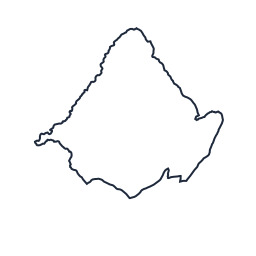 Ragonvalia, Norte de Santander, Colombia, rotated 232°
{"feature_id": "7082276B67756005712401", "entity_name": "Ragonvalia", "entity_type": "district", "adm_level": 2, "iso_a3": "COL", "parent_name": "Colombia", "parent_adm1": "Norte de Santander", "projection": "albers", "projection_center": [-72.499, 7.601], "detail": "fine", "context": "isolated", "style": "outline", "palette": "slate", "viewbox_px": 256, "rotation_deg": 232, "n_neighbors": 0, "source": "geoboundaries", "source_scale": "gbopen_adm2", "svg_char_len": 5827}
<svg xmlns="http://www.w3.org/2000/svg" viewBox="0 0 256 256"><g transform="rotate(232 128 128)"><path d="M71.6,200.1L73.9,205.0L75.5,207.3L76.3,208.0L77.5,208.5L79.9,209.8L81.6,210.3L82.6,210.2L83.4,209.9L84.0,209.5L84.9,209.5L85.4,209.3L85.5,209.2L85.5,208.8L85.9,208.0L86.0,207.2L86.3,206.5L86.7,206.2L87.3,206.2L87.5,205.8L88.1,205.2L89.5,204.5L89.4,203.4L90.1,202.1L90.0,201.1L90.4,199.4L90.2,198.6L90.3,197.8L90.0,196.1L89.7,195.5L89.6,195.1L90.2,194.0L90.6,192.3L91.7,189.7L91.8,189.1L91.6,188.2L91.8,187.8L92.0,187.7L92.0,186.3L92.1,186.5L93.2,187.0L93.5,187.0L93.7,186.8L93.8,187.0L94.0,187.0L95.0,188.7L95.0,189.0L94.6,190.2L94.4,191.7L96.5,192.1L98.1,192.7L98.6,193.1L100.7,193.9L104.8,195.0L105.5,195.1L107.2,195.0L110.7,195.1L111.7,195.0L113.1,194.6L115.5,193.6L117.5,192.3L119.6,191.4L121.0,191.5L122.7,191.8L124.1,192.4L127.5,193.5L128.2,193.4L129.3,192.9L130.5,193.1L131.0,193.0L133.1,192.4L134.5,191.7L137.2,192.2L137.6,192.5L138.9,192.2L139.9,192.3L141.8,192.9L142.8,193.0L144.7,192.6L145.5,192.5L146.6,193.2L147.7,193.3L148.5,193.3L149.7,193.0L150.8,192.4L151.2,192.3L152.2,192.9L152.9,193.1L155.5,194.3L156.3,194.5L157.4,194.5L158.6,194.3L159.0,194.1L159.6,193.8L160.1,193.6L161.7,193.7L162.7,194.2L163.3,194.3L164.1,193.6L165.0,193.1L165.6,192.9L166.9,192.7L167.4,192.5L168.8,191.1L169.7,191.3L170.0,191.6L170.9,193.4L171.4,194.2L173.2,195.7L174.3,196.9L175.1,197.3L175.9,197.5L179.8,198.2L181.4,198.6L182.5,199.0L183.9,196.7L184.7,196.6L186.0,196.6L187.2,196.7L187.9,197.1L188.9,197.4L191.4,197.4L193.7,197.8L195.9,198.0L196.8,198.0L197.8,197.5L198.7,197.3L200.4,196.3L201.2,196.2L201.1,195.7L201.6,195.0L201.7,194.7L201.5,194.1L201.6,193.7L202.0,193.1L202.3,192.9L202.8,192.8L203.4,192.4L204.2,191.4L204.7,190.6L204.9,189.8L204.9,188.8L205.3,187.5L204.9,186.2L204.5,185.3L204.9,184.3L204.9,183.7L205.2,182.1L205.5,181.2L205.6,180.2L205.5,179.8L205.2,179.1L204.9,177.6L204.6,177.1L204.8,175.8L204.3,173.4L204.5,172.1L204.4,171.0L204.5,170.4L204.2,169.6L203.2,169.1L202.2,168.5L201.9,168.0L202.0,167.4L202.4,166.5L202.8,165.2L203.0,163.9L201.6,162.4L201.2,161.5L200.7,160.0L199.9,159.6L199.5,158.8L199.4,158.5L199.4,157.8L200.2,155.7L200.0,155.2L199.8,154.8L198.7,154.6L198.0,154.1L197.9,153.9L197.8,152.9L197.6,151.9L197.3,151.2L196.6,150.4L195.5,149.9L195.1,149.3L195.2,146.8L195.2,146.2L195.0,145.6L194.5,145.2L193.6,144.7L192.9,144.6L191.8,144.7L191.2,144.6L190.9,144.6L190.4,144.3L189.7,142.2L189.4,141.9L187.9,141.2L187.6,140.6L187.2,138.2L187.5,137.5L188.3,136.8L188.4,136.4L188.5,135.1L187.8,133.4L186.0,132.1L185.6,131.7L185.3,131.1L185.3,130.4L185.5,129.3L185.7,129.0L186.4,128.3L186.7,127.8L186.9,127.2L186.6,126.5L186.2,125.9L185.8,124.6L185.4,123.8L185.1,122.3L184.6,121.2L182.9,119.1L184.4,117.7L184.5,117.4L184.5,117.0L184.2,116.6L183.3,116.1L182.9,115.5L183.1,114.8L183.0,114.1L182.7,113.2L182.8,112.5L182.6,112.1L182.4,112.0L182.1,111.0L182.1,109.7L181.4,108.8L181.0,107.6L180.9,104.2L180.6,103.4L180.0,102.5L179.4,102.3L179.2,101.9L179.0,99.4L179.1,98.2L178.8,96.7L177.9,96.3L176.6,95.2L176.2,94.5L176.1,94.0L176.3,93.7L176.8,93.3L177.0,93.1L177.0,92.7L176.6,91.8L176.1,91.6L175.0,91.7L174.5,91.6L174.2,91.3L173.8,89.9L173.6,89.5L172.9,88.8L172.9,87.8L173.5,86.5L173.3,86.1L172.7,85.4L172.5,84.9L172.5,84.4L172.6,84.0L172.3,83.3L172.3,82.9L172.3,82.5L173.2,81.0L173.3,80.7L173.2,80.3L172.7,80.0L172.6,79.2L172.7,78.1L173.2,77.2L173.8,76.7L175.8,72.4L175.7,71.6L175.3,70.4L174.5,69.6L174.2,69.0L174.5,66.3L174.5,65.9L174.4,65.5L174.1,65.5L172.7,66.4L172.4,66.2L172.0,65.9L171.2,63.8L171.4,62.6L171.6,62.2L172.2,61.9L173.9,61.9L174.2,61.3L174.7,60.1L174.8,59.3L174.8,58.1L175.3,57.5L176.6,56.6L176.8,56.3L176.8,55.5L176.5,54.5L175.2,53.0L174.6,52.7L174.0,52.2L173.1,50.8L173.0,50.2L172.8,49.8L172.9,49.5L174.0,48.6L174.2,48.2L174.2,47.9L174.5,46.3L173.7,45.8L172.0,45.9L171.5,45.9L171.1,45.7L170.7,45.7L170.4,45.8L169.7,46.4L168.7,48.0L168.6,48.9L168.3,49.6L168.1,51.3L167.2,52.2L167.2,52.5L167.9,54.6L168.0,55.0L167.7,55.9L168.2,56.8L168.2,57.5L167.7,57.9L166.9,58.4L166.5,59.6L166.2,60.0L165.4,60.6L164.9,60.7L164.3,61.4L163.5,61.6L163.1,61.5L162.8,61.3L162.6,61.3L162.3,62.0L161.9,62.4L161.6,62.9L161.0,64.3L160.7,64.7L159.9,65.2L159.4,65.2L158.1,64.8L156.9,64.8L153.7,65.0L152.5,65.4L151.4,65.4L150.8,65.6L150.1,66.0L149.9,66.2L149.4,67.1L149.0,67.4L148.2,67.5L147.5,67.4L146.6,67.5L145.9,67.2L145.5,67.1L145.3,67.2L145.1,67.8L144.7,68.1L143.5,68.1L142.6,67.7L141.0,66.6L140.1,65.5L139.8,64.3L138.4,61.4L137.6,61.2L136.8,61.2L135.3,60.6L134.7,60.6L134.4,60.2L134.2,59.2L133.3,58.8L132.9,58.4L132.4,58.6L132.0,58.7L130.6,58.4L130.2,58.5L129.6,58.9L129.0,59.1L128.4,59.5L127.1,60.7L126.6,60.9L126.1,61.0L125.3,61.0L123.2,60.4L120.6,60.4L119.1,60.6L117.8,61.2L117.2,61.2L115.2,60.9L109.3,61.2L109.3,63.0L108.9,64.5L109.0,65.8L109.4,66.8L109.3,68.3L108.0,70.8L107.3,71.7L106.2,73.5L104.6,74.7L103.2,75.6L100.5,76.1L99.3,76.7L97.9,77.4L94.6,79.0L92.2,80.8L90.4,81.3L87.6,81.6L86.4,82.0L85.2,83.3L84.6,83.8L83.3,84.6L81.9,85.0L77.1,86.0L71.8,86.1L71.6,86.3L69.8,90.6L69.5,92.1L69.5,96.0L69.8,98.2L70.3,99.3L70.5,100.9L70.2,102.7L69.3,105.3L68.9,107.3L68.4,108.9L67.5,113.4L67.3,119.8L67.4,121.3L67.6,122.2L69.5,126.6L70.7,128.6L71.6,130.9L71.7,132.6L71.4,134.6L70.3,134.4L69.8,134.2L69.2,133.7L67.4,131.3L66.1,130.6L65.6,129.6L64.6,129.3L64.0,128.7L63.8,128.8L63.4,129.4L62.8,131.6L61.1,134.5L59.4,137.1L59.0,137.9L57.9,139.9L57.7,140.0L57.5,139.8L56.3,138.7L55.3,138.0L54.8,137.1L53.7,136.0L52.4,138.9L50.4,141.5L51.0,143.2L52.0,147.7L54.0,154.5L54.7,158.5L55.3,159.7L56.1,161.0L56.5,162.3L56.7,165.3L57.0,167.1L57.5,169.0L57.2,170.9L57.0,173.1L57.0,174.7L57.3,175.5L58.5,177.4L59.7,178.4L60.6,179.4L61.9,181.8L63.6,184.5L63.8,185.4L64.4,186.5L66.6,189.9L68.1,193.2L68.4,194.3L68.7,195.0L69.2,195.7L69.9,197.3L71.0,198.6L71.6,200.1Z" fill="none" stroke="#1e293b" stroke-width="2"/></g></svg>